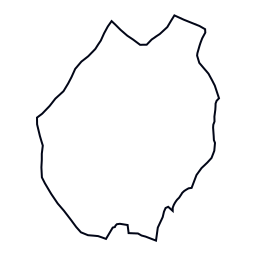 outline of Isoko South, Delta, Nigeria
{"feature_id": "59680162B89324456878264", "entity_name": "Isoko South", "entity_type": "district", "adm_level": 2, "iso_a3": "NGA", "parent_name": "Nigeria", "parent_adm1": "Delta", "projection": "orthographic", "projection_center": [6.236, 5.389], "detail": "fine", "context": "isolated", "style": "outline", "palette": "ink", "viewbox_px": 256, "rotation_deg": 0, "n_neighbors": 0, "source": "geoboundaries", "source_scale": "gbopen_adm2", "svg_char_len": 1481}
<svg xmlns="http://www.w3.org/2000/svg" viewBox="0 0 256 256"><path d="M156.0,240.6L157.8,227.6L162.7,217.1L164.0,211.6L165.6,208.0L168.2,206.8L170.5,208.9L172.7,210.9L172.7,207.8L173.8,204.9L175.0,202.7L176.2,200.9L177.2,199.6L179.2,197.6L180.7,195.3L181.2,194.6L182.2,192.9L184.2,191.0L186.2,189.7L188.6,188.3L191.6,187.9L196.5,175.0L201.5,168.1L207.3,162.6L211.5,158.0L213.3,153.4L214.3,150.7L215.0,142.9L213.9,140.1L213.7,136.2L213.1,127.7L213.3,124.7L214.5,121.5L214.4,116.6L215.3,109.9L215.5,106.8L215.6,103.5L216.6,100.8L219.0,98.3L214.8,85.6L212.3,80.7L208.5,73.7L199.3,62.9L197.1,55.6L197.4,53.2L199.6,45.5L200.6,42.5L202.2,38.3L205.3,32.6L205.1,29.2L199.5,26.0L183.8,19.7L174.4,15.4L171.1,20.7L167.3,27.1L159.8,34.0L155.4,36.9L155.4,37.0L151.7,39.5L146.7,44.7L140.1,44.8L133.0,39.5L127.3,35.7L120.6,29.9L118.0,27.3L115.4,24.7L111.6,21.1L107.8,26.5L104.1,33.3L100.8,40.6L98.1,44.6L95.3,49.0L88.2,56.3L81.4,61.6L75.2,68.9L71.5,77.1L68.2,83.4L63.5,91.2L56.4,97.7L55.4,98.6L49.7,105.9L42.2,113.7L37.0,117.6L37.1,124.4L39.9,136.0L41.5,141.4L42.8,145.6L41.8,153.7L41.8,160.0L41.4,167.3L41.9,177.4L44.9,183.3L50.0,191.9L51.4,194.2L57.7,203.5L63.9,210.7L70.5,219.3L76.2,227.0L80.9,232.3L88.0,235.2L94.0,235.7L98.1,236.1L101.9,237.4L106.0,238.9L110.1,232.0L112.7,227.6L114.9,227.0L115.5,225.6L116.9,224.2L119.9,223.8L123.7,224.4L126.8,224.9L127.6,225.0L128.4,231.3L128.6,233.1L138.0,233.5L141.5,235.5L145.6,236.6L156.0,240.6Z" fill="none" stroke="#020617" stroke-width="2"/></svg>